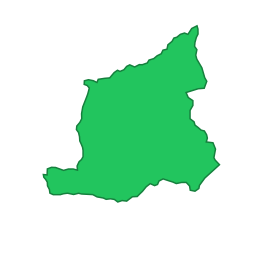 outline of Novo Cabrais, Rio Grande do Sul, Brazil, rotated 254°
{"feature_id": "56859067B95715574386696", "entity_name": "Novo Cabrais", "entity_type": "district", "adm_level": 2, "iso_a3": "BRA", "parent_name": "Brazil", "parent_adm1": "Rio Grande do Sul", "projection": "albers", "projection_center": [-52.991, -29.748], "detail": "fine", "context": "isolated", "style": "filled", "palette": "green", "viewbox_px": 256, "rotation_deg": 254, "n_neighbors": 0, "source": "geoboundaries", "source_scale": "gbopen_adm2", "svg_char_len": 1763}
<svg xmlns="http://www.w3.org/2000/svg" viewBox="0 0 256 256"><g transform="rotate(254 128 128)"><path d="M207.2,222.5L206.1,216.7L201.5,211.4L203.7,208.5L203.6,204.2L201.8,200.0L201.8,196.9L199.1,194.2L197.0,189.3L193.0,187.2L193.2,183.1L190.2,180.4L189.4,175.9L187.6,171.9L187.5,166.9L185.2,164.5L184.9,159.2L185.8,156.3L184.8,151.2L188.2,147.1L187.6,143.7L185.1,140.1L184.6,135.9L186.4,133.8L185.1,130.0L181.2,124.2L182.2,119.1L183.0,112.8L180.3,110.7L183.1,107.6L185.3,103.3L185.4,99.1L182.0,97.9L180.1,100.5L177.1,101.8L174.3,100.2L171.8,98.7L168.8,96.5L160.7,90.3L154.5,87.3L149.7,86.1L146.6,83.2L144.0,79.3L140.7,78.0L137.3,79.2L133.0,79.0L128.9,78.1L125.6,78.6L121.9,79.0L118.7,78.6L115.3,77.6L112.8,76.9L110.5,74.6L109.1,71.7L105.5,68.6L101.4,67.8L103.7,64.0L105.0,59.3L105.0,54.4L110.0,47.5L111.3,43.6L110.9,39.2L105.2,37.3L106.6,33.8L103.9,33.5L101.2,34.7L98.2,35.5L94.6,34.7L90.6,35.5L86.9,35.0L84.5,37.8L82.6,44.4L82.6,47.8L82.0,51.9L79.1,57.4L78.9,62.5L77.4,65.1L73.7,75.8L70.3,79.3L67.5,85.0L65.5,87.3L64.8,91.6L63.1,95.2L59.7,97.8L59.9,102.3L58.1,106.6L59.3,109.6L60.7,113.3L59.6,118.0L61.2,120.8L63.1,124.4L66.5,129.3L68.4,134.0L65.3,137.7L65.6,140.8L68.5,143.2L69.4,147.7L65.8,153.0L63.7,156.2L61.3,159.1L60.9,164.5L59.6,169.0L55.3,171.2L51.0,170.7L48.8,175.0L50.3,179.4L53.2,180.9L58.7,188.0L67.5,205.8L73.2,202.9L75.8,202.4L83.6,206.3L90.4,205.6L93.0,199.4L96.4,201.5L99.8,201.7L104.1,200.6L105.8,197.7L109.2,195.5L112.3,193.2L115.7,193.2L119.8,190.2L127.8,192.5L131.8,196.6L136.4,197.9L140.7,194.3L146.1,193.6L146.4,206.3L145.2,212.2L151.2,216.6L155.2,215.6L165.5,215.6L175.2,213.1L179.3,213.2L184.3,215.8L188.1,214.5L191.9,216.0L196.3,218.7L199.0,221.2L203.8,222.5L207.2,222.5Z" fill="#22c55e" stroke="#15803d" stroke-width="1.5"/></g></svg>